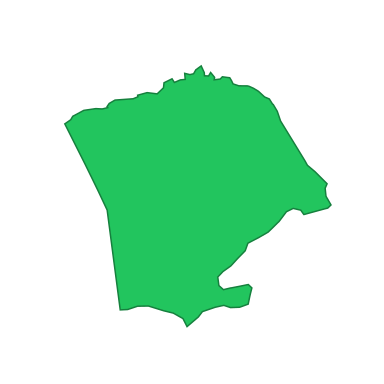 the district of Guánica, Puerto Rico, rotated 330°
{"feature_id": "32010507B43804230876127", "entity_name": "Guánica", "entity_type": "district", "adm_level": 2, "iso_a3": "PRI", "parent_name": "Puerto Rico", "parent_adm1": "", "projection": "natural_earth1", "projection_center": [-66.908, 17.98], "detail": "fine", "context": "isolated", "style": "filled", "palette": "green", "viewbox_px": 384, "rotation_deg": 330, "n_neighbors": 0, "source": "geoboundaries", "source_scale": "gbopen_adm2", "svg_char_len": 1576}
<svg xmlns="http://www.w3.org/2000/svg" viewBox="0 0 384 384"><g transform="rotate(330 192 192)"><path d="M263.0,87.4L256.4,88.1L252.5,90.4L248.9,89.3L245.0,85.6L242.4,91.1L238.0,89.1L231.5,88.3L231.3,84.0L222.4,83.4L219.4,87.5L210.9,89.6L202.8,83.5L193.3,81.0L192.8,82.5L187.6,81.8L171.3,73.9L164.6,73.9L161.1,75.6L161.2,76.8L155.8,75.2L150.4,71.7L139.1,67.2L126.6,66.8L123.1,68.8L115.9,69.4L113.3,114.8L112.4,127.9L112.4,128.2L111.3,143.7L109.5,165.2L108.5,167.6L70.9,258.2L77.5,261.6L87.8,263.7L97.3,269.0L108.1,280.7L115.2,287.5L120.9,297.1L120.4,306.1L135.0,303.4L141.2,300.8L154.4,303.4L160.8,305.4L162.5,306.0L162.9,306.1L167.6,311.4L169.0,312.1L170.1,312.7L175.6,315.6L178.3,316.1L184.6,317.2L190.3,310.8L192.0,309.0L195.9,305.0L194.5,300.3L193.1,299.8L186.5,297.6L177.8,294.6L177.5,294.4L170.4,292.3L168.5,286.5L171.8,278.5L177.3,276.9L178.9,276.4L188.8,275.4L197.3,272.7L199.0,272.2L208.7,269.5L214.8,264.3L217.4,264.4L227.5,264.8L236.4,264.8L237.9,264.8L245.8,262.8L250.7,261.5L252.5,261.1L256.6,259.4L263.9,256.3L271.4,256.8L277.1,262.1L277.6,267.4L277.8,267.5L298.4,272.9L301.1,273.7L301.6,273.8L304.0,273.2L305.9,272.7L305.9,269.7L305.9,262.7L309.2,255.3L313.0,252.5L313.1,252.4L308.7,236.0L305.3,226.6L305.4,221.2L304.2,174.8L306.2,164.7L306.1,156.8L305.7,156.2L305.5,150.1L302.4,146.0L299.9,138.0L297.1,132.9L294.2,128.9L293.0,127.8L285.7,123.5L281.6,118.9L281.9,115.2L281.8,111.9L280.3,110.8L275.9,107.4L272.9,108.3L267.3,105.9L268.9,104.0L267.9,97.8L264.4,99.8L260.9,97.6L262.3,94.8L263.0,87.4Z" fill="#22c55e" stroke="#15803d" stroke-width="1.5"/></g></svg>